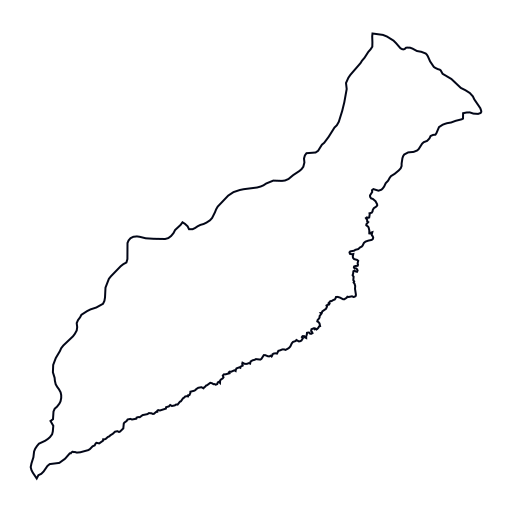 the district of Alvarães, Amazonas, Brazil
{"feature_id": "56859067B63207916121843", "entity_name": "Alvarães", "entity_type": "district", "adm_level": 2, "iso_a3": "BRA", "parent_name": "Brazil", "parent_adm1": "Amazonas", "projection": "albers", "projection_center": [-65.273, -3.675], "detail": "fine", "context": "isolated", "style": "outline", "palette": "ink", "viewbox_px": 512, "rotation_deg": 0, "n_neighbors": 0, "source": "geoboundaries", "source_scale": "gbopen_adm2", "svg_char_len": 6013}
<svg xmlns="http://www.w3.org/2000/svg" viewBox="0 0 512 512"><path d="M439.8,69.7L437.8,69.1L435.3,67.9L433.8,66.9L430.1,61.4L427.8,56.2L426.8,54.6L425.7,53.5L421.3,51.8L416.9,51.0L412.5,48.6L410.1,47.7L407.1,47.6L405.9,47.8L404.7,49.0L403.4,49.4L402.0,49.1L400.4,48.2L396.0,43.1L393.5,40.6L386.9,36.5L382.9,34.9L372.5,33.5L372.2,36.3L372.4,42.3L372.3,46.7L370.6,49.3L368.3,51.9L364.5,57.8L362.0,60.7L360.6,63.0L350.4,74.8L348.4,77.7L346.0,83.0L346.7,89.0L344.3,102.3L342.2,110.9L338.8,121.8L336.8,125.3L334.5,127.5L328.6,136.9L324.2,142.8L321.9,144.7L318.1,150.8L315.6,152.5L306.5,153.2L304.9,155.4L304.0,158.5L304.4,162.5L303.3,166.8L301.5,169.2L299.4,171.0L293.2,175.1L288.5,179.0L285.0,180.5L281.9,180.9L273.3,180.6L266.2,183.5L263.5,185.3L260.7,186.5L257.1,187.5L243.7,189.2L239.8,190.0L233.5,192.1L228.2,195.6L217.7,206.6L216.1,209.4L215.0,212.2L212.1,218.0L210.0,220.3L206.5,222.6L203.6,224.0L200.4,224.9L197.6,226.3L195.1,228.0L192.6,229.2L189.0,229.2L187.6,226.3L184.9,223.8L182.5,222.3L180.6,224.9L175.1,230.0L173.5,233.1L171.1,236.0L168.3,238.1L165.1,239.0L153.8,238.8L145.8,238.3L139.7,236.8L136.9,236.4L133.3,236.8L130.5,238.2L128.6,240.4L127.5,243.0L127.4,259.1L126.4,262.5L123.4,264.1L120.7,266.2L110.9,276.3L108.9,278.8L105.5,287.6L105.0,297.5L104.4,300.9L103.0,303.8L96.3,307.5L90.5,309.4L87.1,311.1L81.4,314.8L80.1,317.3L78.0,320.1L76.7,323.1L77.2,327.1L76.7,330.5L74.8,333.9L73.0,336.3L63.4,345.4L61.2,348.2L59.9,351.1L55.8,358.0L53.2,364.9L52.9,372.3L54.6,377.8L54.9,380.8L55.7,384.3L57.2,386.9L58.9,389.2L60.6,392.3L61.2,395.1L61.2,398.0L60.5,401.4L59.4,403.6L57.0,406.7L54.7,408.7L53.5,411.5L53.0,419.2L50.5,421.0L53.3,425.8L52.8,431.5L52.1,434.3L49.9,437.2L47.8,439.0L45.1,440.8L38.9,443.7L37.0,446.0L35.2,448.7L34.1,451.4L33.4,457.3L31.5,463.3L30.7,467.1L31.4,469.9L32.7,472.5L36.7,478.5L38.4,475.2L41.3,473.8L43.6,471.5L47.4,466.0L49.7,464.1L59.3,462.9L65.1,458.7L69.8,453.3L70.8,453.3L71.6,452.3L72.7,451.7L73.8,452.1L74.9,452.0L76.8,452.6L80.2,452.3L88.3,450.1L89.9,449.1L92.6,446.3L94.7,445.4L95.5,443.7L96.4,442.8L99.2,443.4L103.0,440.7L103.2,439.3L104.4,439.4L105.7,438.9L107.8,437.0L109.4,436.3L110.3,435.3L112.8,433.8L115.0,431.7L117.4,431.2L119.0,432.0L120.0,431.6L123.3,428.4L123.8,423.4L124.4,422.6L126.6,421.0L127.6,419.5L130.4,418.9L132.0,419.5L136.3,418.7L136.6,417.6L138.2,417.1L139.8,417.2L142.6,415.1L147.5,414.1L148.9,413.1L151.6,413.3L152.6,413.9L153.8,413.9L156.0,412.0L157.3,411.8L157.3,410.7L158.2,410.1L159.9,410.5L165.9,408.6L166.1,407.2L168.9,406.4L170.2,405.0L171.9,406.0L174.8,405.4L176.1,404.5L177.6,404.6L179.9,401.7L180.9,401.3L183.0,398.3L184.3,397.5L185.0,396.6L186.3,396.2L188.0,396.4L188.1,395.3L189.4,395.1L190.3,393.1L190.4,391.7L194.0,390.8L195.4,390.1L196.1,389.2L198.2,387.8L201.4,387.2L203.5,388.3L204.2,387.3L205.2,386.7L206.0,385.6L207.1,385.2L210.3,382.8L212.1,383.3L213.5,384.2L214.7,384.1L215.7,384.7L217.2,384.1L217.8,382.4L218.9,381.8L220.0,382.9L220.1,380.7L220.7,379.7L222.7,378.4L223.5,377.3L222.8,375.6L223.8,374.4L225.6,374.3L229.4,373.3L228.9,372.3L229.7,371.6L231.0,371.8L234.4,370.3L235.6,371.0L235.8,369.8L236.5,368.4L239.2,367.4L240.3,367.8L240.5,366.7L242.7,365.6L242.2,363.9L242.5,362.7L244.6,363.8L245.7,363.9L246.8,363.9L248.9,363.1L250.1,363.6L250.6,361.5L252.6,360.3L254.7,359.8L255.9,359.1L260.3,359.6L261.4,358.9L263.8,355.1L265.1,355.1L268.0,356.3L269.3,356.4L270.7,355.7L271.6,356.5L272.2,355.6L272.5,354.3L273.6,353.6L275.4,353.3L277.0,353.6L278.4,350.8L279.7,350.5L282.4,349.4L284.1,349.4L285.5,349.9L287.8,348.7L289.1,347.8L290.3,346.5L291.8,343.3L293.0,341.9L295.7,341.0L296.4,340.0L298.8,341.4L299.9,341.3L301.4,340.6L302.9,338.2L301.9,337.1L302.6,336.1L304.1,336.1L304.8,337.3L306.2,338.0L306.2,336.2L306.8,334.7L307.0,332.8L308.4,332.5L309.4,332.7L310.1,333.7L311.3,333.8L312.5,333.1L312.0,332.0L311.1,330.9L311.5,329.2L314.0,328.2L314.6,329.2L315.6,328.6L316.4,329.5L317.3,328.9L318.3,327.8L319.0,326.5L320.1,326.1L319.5,323.4L318.5,322.1L317.3,321.4L317.6,320.1L319.1,318.4L319.6,317.3L319.6,316.1L321.4,313.7L320.7,313.0L321.8,312.7L322.3,311.4L326.0,308.8L327.0,306.6L326.5,305.5L327.6,304.8L328.8,304.7L329.5,303.7L328.7,303.0L330.4,301.1L331.5,301.1L333.5,299.9L334.6,299.6L335.4,298.6L336.0,297.0L337.7,296.9L340.0,297.6L343.0,299.2L344.2,299.3L346.6,297.8L347.4,296.7L348.6,297.0L352.0,296.3L353.5,297.0L354.7,296.7L355.8,295.8L355.9,294.5L355.0,288.8L355.2,286.0L354.5,283.6L353.6,282.5L354.2,281.4L353.3,280.1L353.6,276.7L352.6,275.2L353.1,273.7L353.4,271.2L354.4,270.6L355.5,271.4L357.0,271.8L357.6,270.5L357.1,269.3L356.1,268.4L354.7,268.3L353.9,267.6L354.1,266.5L355.4,266.0L357.6,265.8L358.0,264.8L357.6,263.3L358.2,260.8L357.1,259.9L354.1,259.1L353.0,257.8L352.8,256.5L353.3,254.0L351.9,254.3L349.9,253.8L349.5,252.3L350.3,251.4L354.1,250.7L355.4,249.8L358.2,249.1L360.2,247.3L361.6,246.7L362.6,245.6L363.9,242.9L365.5,241.6L368.4,240.6L371.7,239.9L372.9,238.9L373.2,237.6L372.7,236.2L371.9,235.4L371.8,234.1L372.3,232.2L371.1,232.6L370.6,233.6L369.3,233.4L369.3,230.4L368.7,227.8L368.2,226.7L366.3,225.3L366.4,224.2L368.2,222.1L367.2,221.4L367.2,220.0L365.9,218.1L366.8,217.4L368.1,217.8L369.2,217.5L369.7,214.3L369.5,213.3L371.7,212.7L372.5,211.5L372.8,209.9L373.8,208.2L376.2,206.6L377.2,205.5L377.1,204.2L375.5,201.2L372.8,198.9L371.1,198.4L370.1,196.8L370.0,195.4L372.2,192.0L372.0,190.2L373.4,189.1L378.5,190.7L381.4,189.7L382.6,188.6L384.1,186.6L385.7,183.2L388.1,180.7L389.7,177.8L391.0,176.1L394.7,173.8L398.8,170.4L400.7,168.3L401.6,166.0L401.6,163.6L402.4,158.3L403.1,156.2L404.2,154.5L408.2,152.4L413.6,151.9L417.1,150.5L418.6,149.2L422.1,143.7L423.7,142.2L427.1,140.9L429.4,138.5L430.6,136.0L433.1,134.9L435.4,134.7L436.4,133.2L439.0,127.1L442.7,124.7L444.8,123.9L447.0,123.2L451.1,122.5L455.7,120.8L461.7,119.3L463.0,118.6L463.1,113.2L466.6,112.5L469.8,112.4L473.4,113.6L478.1,113.9L480.6,113.0L481.3,111.8L481.1,110.5L480.3,108.2L474.3,99.4L472.9,96.4L469.8,93.0L465.4,90.2L460.8,87.9L451.4,79.0L442.6,73.8L440.7,70.4L439.8,69.7Z" fill="none" stroke="#020617" stroke-width="2"/></svg>